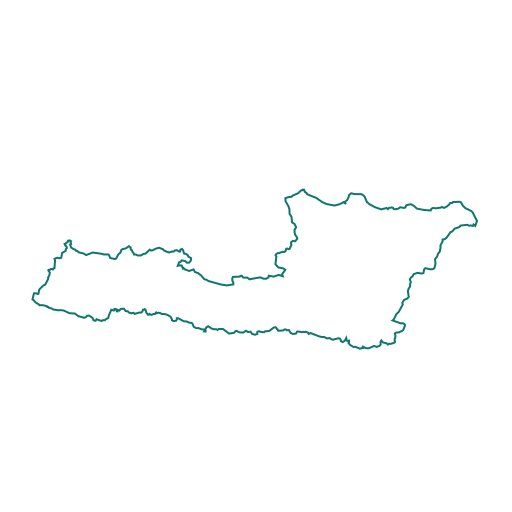 outline of Central Pentecost 2, Penama, Vanuatu, rotated 111°
{"feature_id": "77236927B86415153324425", "entity_name": "Central Pentecost 2", "entity_type": "district", "adm_level": 2, "iso_a3": "VUT", "parent_name": "Vanuatu", "parent_adm1": "Penama", "projection": "robinson", "projection_center": [168.206, -15.776], "detail": "fine", "context": "isolated", "style": "outline", "palette": "teal", "viewbox_px": 512, "rotation_deg": 111, "n_neighbors": 0, "source": "geoboundaries", "source_scale": "gbopen_adm2", "svg_char_len": 6095}
<svg xmlns="http://www.w3.org/2000/svg" viewBox="0 0 512 512"><g transform="rotate(111 256 256)"><path d="M149.3,62.1L144.1,62.2L137.4,69.7L136.8,71.5L136.3,77.6L135.0,80.7L132.4,83.9L132.4,85.3L135.0,91.4L136.4,92.0L136.9,93.7L138.9,94.2L141.3,95.5L143.7,97.7L143.6,100.1L144.5,100.6L146.9,104.9L147.8,108.1L149.0,109.1L150.9,109.2L152.8,115.6L154.1,122.8L152.9,125.8L152.2,128.6L152.3,130.2L154.4,133.4L155.4,134.0L157.1,133.9L158.1,135.0L158.8,138.8L160.9,140.2L162.5,142.9L162.8,144.4L161.9,145.4L162.0,146.5L163.4,149.0L165.0,149.7L164.4,151.3L167.6,155.8L167.8,162.5L167.0,168.4L165.9,171.8L161.6,175.9L160.6,178.5L160.6,180.2L162.9,186.0L163.3,189.6L165.8,191.0L167.8,190.6L171.1,190.9L173.6,192.4L175.2,190.8L174.3,193.5L177.6,196.4L180.7,200.7L182.2,208.7L181.9,213.7L180.1,220.7L180.1,229.3L179.7,230.8L179.0,231.4L178.7,233.2L176.9,234.9L177.3,236.0L177.8,235.9L178.3,237.2L182.6,239.4L186.3,243.3L188.0,244.0L189.3,246.7L191.5,249.3L194.3,248.0L197.8,243.7L200.3,241.6L204.7,239.7L206.6,237.0L211.7,234.3L212.2,231.7L214.8,228.8L217.9,229.4L220.3,228.3L221.9,227.3L223.8,224.6L225.1,223.6L228.3,224.8L228.7,227.0L230.4,228.1L231.5,228.0L232.9,226.9L237.4,227.2L237.9,227.8L237.9,229.8L238.5,230.4L241.0,230.2L242.4,231.5L242.5,232.6L245.0,235.5L245.5,236.7L247.4,238.0L248.3,238.0L249.2,236.8L256.7,234.9L258.7,231.0L257.8,225.9L258.4,223.7L263.9,225.1L265.3,223.8L265.5,227.9L269.0,232.3L269.8,237.0L271.6,236.7L273.7,238.5L274.5,241.0L274.4,244.4L280.1,253.8L279.3,256.5L280.6,259.7L280.6,260.7L279.6,262.2L280.1,263.4L281.1,263.8L283.8,270.1L285.5,270.1L287.6,269.2L288.7,267.8L290.6,267.0L293.9,272.6L295.2,278.7L296.4,291.4L295.9,293.7L296.2,295.9L293.8,300.3L292.9,303.7L292.7,303.0L292.8,307.3L290.9,309.5L293.9,313.0L294.0,317.4L293.2,319.4L293.9,319.7L291.5,322.0L292.2,324.2L293.1,325.5L289.5,325.6L288.5,324.3L286.7,323.8L286.1,320.3L287.0,317.9L286.0,315.9L283.4,315.2L281.3,315.8L280.8,318.9L279.7,320.0L279.1,322.1L279.5,324.0L276.7,326.2L275.9,327.6L277.2,328.9L279.0,328.4L279.4,329.0L279.0,332.2L279.8,333.6L281.4,334.5L281.8,335.9L283.6,338.0L284.0,339.5L283.8,343.8L283.1,345.2L283.0,349.4L285.3,352.5L287.5,354.3L288.5,355.9L288.2,357.5L293.3,359.9L294.5,361.9L296.6,363.4L297.8,366.2L297.7,368.6L298.3,370.5L297.2,371.2L296.5,372.8L295.1,373.8L294.8,375.2L293.0,376.1L292.4,378.2L295.7,380.4L297.0,382.6L298.5,383.9L301.4,383.8L303.9,385.1L308.3,385.6L309.4,386.6L310.1,391.3L307.7,393.7L307.5,394.6L309.1,398.6L309.3,401.1L311.3,409.7L316.0,414.9L315.5,417.8L316.1,422.9L315.4,424.6L315.6,425.9L314.8,427.2L315.0,428.8L314.3,431.7L312.0,433.6L311.1,432.9L309.3,434.3L308.5,434.1L308.2,435.5L309.0,436.9L310.6,436.8L311.5,437.8L312.5,438.0L313.3,439.0L314.6,437.7L315.1,436.2L316.3,435.5L317.4,435.9L319.5,435.6L322.6,438.1L327.4,437.2L328.6,438.8L328.8,440.8L330.8,443.1L332.5,441.9L339.6,439.8L340.0,440.6L341.4,440.8L341.3,442.0L341.9,443.1L342.8,443.5L343.3,444.7L343.9,444.7L345.4,442.5L348.5,442.0L350.5,442.4L351.8,441.8L358.2,442.5L359.8,444.0L364.8,446.3L369.3,445.6L369.8,446.3L369.6,447.4L370.1,449.5L370.5,449.9L376.7,449.1L377.0,447.4L378.3,445.5L379.0,441.4L379.6,440.6L378.4,437.7L377.9,434.2L377.9,432.6L378.4,432.4L378.1,431.4L378.5,430.7L378.2,427.8L378.6,426.3L377.5,420.9L376.6,419.2L375.8,415.9L376.3,409.7L374.6,404.5L375.8,400.3L375.3,394.3L374.0,392.9L372.3,392.3L371.5,390.6L371.9,387.9L372.6,386.1L374.1,384.8L374.2,383.2L373.9,382.6L372.2,382.2L372.0,376.9L370.9,376.2L370.1,374.1L369.0,373.7L366.9,371.7L364.4,372.1L358.0,371.8L357.9,369.2L357.1,368.6L356.2,369.1L355.8,368.3L355.9,364.0L354.0,363.4L352.5,360.5L354.1,358.0L353.6,355.8L354.3,354.5L354.2,352.0L352.9,349.9L353.5,348.5L350.6,344.7L349.9,342.8L348.6,342.2L346.7,342.3L346.4,341.4L345.6,341.0L345.6,340.1L348.2,338.0L349.6,335.7L349.3,335.0L348.3,334.8L348.4,332.4L346.8,330.8L346.4,329.6L344.5,329.0L345.0,328.1L344.0,327.0L343.6,324.9L343.9,323.2L342.9,320.1L342.7,317.6L343.3,314.1L345.4,311.6L346.0,311.5L346.4,309.9L345.1,307.4L343.2,307.2L342.5,307.6L342.0,306.6L342.8,299.9L342.0,297.3L342.1,294.4L341.6,292.1L341.7,291.4L344.4,288.7L344.8,285.8L343.9,284.1L344.0,280.8L343.1,277.7L341.8,276.8L340.7,276.9L338.7,275.5L339.6,271.6L339.6,269.5L338.6,266.8L338.8,265.5L337.4,264.5L336.0,260.6L338.1,253.3L335.6,249.0L333.2,248.0L332.9,247.2L333.2,244.2L332.1,240.5L329.3,238.5L329.9,236.3L328.6,234.0L330.2,231.6L329.8,228.6L328.3,226.9L326.3,227.6L325.9,227.3L325.1,226.0L325.1,224.3L324.3,221.2L323.0,220.5L321.4,216.9L316.6,213.9L315.6,212.5L315.7,211.5L316.8,210.3L316.8,209.4L317.7,208.8L317.7,208.1L315.7,203.9L314.3,203.0L313.9,201.8L314.3,200.5L313.3,198.8L315.5,196.0L315.5,193.4L314.0,190.8L312.0,190.6L311.5,190.1L310.6,185.6L309.9,184.8L309.5,183.0L308.9,182.5L308.9,180.1L309.9,178.9L308.4,177.5L308.4,168.7L308.2,166.2L307.2,163.1L307.5,160.2L306.2,157.8L306.7,156.1L306.5,154.0L303.3,149.7L303.0,148.1L304.1,146.7L305.0,146.3L305.3,144.1L303.2,142.7L300.3,142.4L302.3,141.1L302.5,140.0L301.7,138.9L303.0,138.3L304.0,138.5L305.3,136.3L306.0,132.6L305.2,130.9L305.3,125.8L303.4,122.9L302.8,123.8L302.2,123.7L302.7,120.7L302.1,118.5L301.4,117.2L297.7,113.6L297.6,110.9L295.9,108.6L294.1,107.9L291.6,108.9L289.9,108.7L291.2,106.6L290.7,102.9L291.4,101.1L290.2,100.3L289.7,98.6L287.5,95.9L286.4,95.4L284.9,96.5L280.7,97.1L278.6,98.6L277.4,97.9L276.1,95.2L273.2,92.5L272.0,92.0L267.4,92.0L266.5,92.6L266.1,94.8L267.0,96.7L267.2,105.4L266.1,104.7L260.0,104.1L256.9,102.7L248.7,101.6L247.4,102.6L243.9,102.0L241.7,99.7L239.5,98.7L234.5,101.6L231.6,101.8L229.2,101.2L226.6,102.2L224.9,102.1L222.5,104.1L220.0,103.4L219.1,102.6L216.5,102.3L213.9,99.3L212.9,94.8L212.0,93.6L208.2,94.2L206.6,93.5L206.1,88.9L204.9,86.2L203.5,85.1L199.1,85.6L194.8,87.7L191.6,86.7L188.7,86.9L186.1,86.0L182.1,86.7L180.0,87.6L175.6,87.0L173.7,87.7L172.8,85.9L170.6,84.6L164.0,83.0L162.9,81.7L159.2,80.3L156.1,76.5L154.4,76.1L151.6,70.8L151.2,69.8L151.4,68.0L150.5,66.5L150.2,64.3L148.6,64.2L149.3,62.1ZM343.8,276.3L343.9,277.2L345.0,277.4L344.5,276.0L343.8,276.3ZM357.4,365.5L356.4,365.5L356.4,366.4L357.5,366.1L357.4,365.5Z" fill="none" stroke="#0f766e" stroke-width="2"/></g></svg>